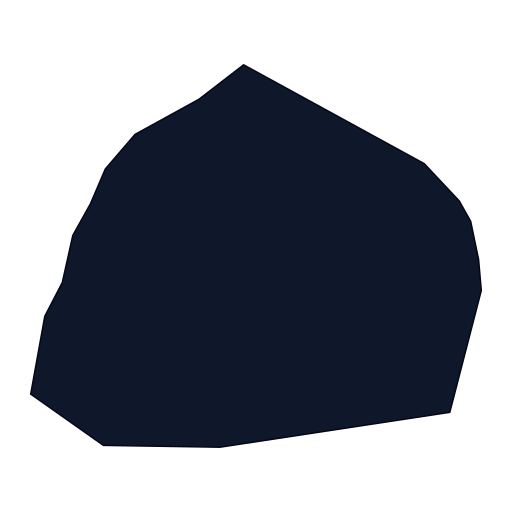 map outline of Trnovska vas (Albers equal-area conic projection)
{"feature_id": "SVN-230", "entity_name": "Trnovska vas", "entity_type": "Municipality", "adm_level": 1, "iso_a3": "SVN", "parent_name": "Slovenia", "parent_adm1": "", "projection": "albers", "projection_center": [15.891, 46.523], "detail": "fine", "context": "isolated", "style": "filled", "palette": "ink", "viewbox_px": 512, "rotation_deg": 0, "n_neighbors": 0, "source": "natural_earth", "source_scale": "10m", "svg_char_len": 340}
<svg xmlns="http://www.w3.org/2000/svg" viewBox="0 0 512 512"><path d="M243.6,64.8L424.3,163.7L459.3,201.0L470.7,221.4L478.6,259.5L481.3,290.5L449.8,412.3L220.0,447.2L103.4,445.4L30.7,394.1L44.8,316.2L62.3,282.5L72.8,235.4L90.4,203.8L105.3,169.0L135.0,134.4L199.0,99.2L243.6,64.8Z" fill="#0f172a" stroke="#020617" stroke-width="1.5"/></svg>